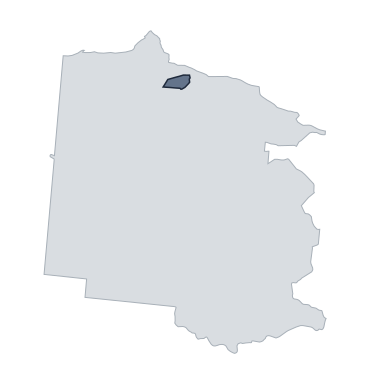 Reifi Shamal Ad Delta, Kassala, Sudan shown in context, rotated 275°
{"feature_id": "16777658B72922457996803", "entity_name": "Reifi Shamal Ad Delta", "entity_type": "district", "adm_level": 2, "iso_a3": "SDN", "parent_name": "Sudan", "parent_adm1": "Kassala", "projection": "robinson", "projection_center": [35.98, 16.599], "detail": "fine", "context": "in_parent", "style": "filled", "palette": "slate", "viewbox_px": 384, "rotation_deg": 275, "n_neighbors": 0, "source": "geoboundaries", "source_scale": "gbopen_adm2", "svg_char_len": 4183}
<svg xmlns="http://www.w3.org/2000/svg" viewBox="0 0 384 384"><g transform="rotate(275 192 192)"><path d="M264.3,319.6L260.8,319.6L260.5,318.6L260.5,316.0L260.9,314.1L262.2,311.0L261.9,309.3L262.1,306.9L261.2,304.2L252.8,296.3L251.1,294.1L246.6,292.1L247.4,289.9L245.6,273.8L246.5,271.9L246.8,269.1L246.8,266.6L247.9,262.5L248.0,260.7L239.0,260.6L238.9,262.4L239.3,264.4L239.3,265.1L226.8,265.2L231.8,271.5L232.0,274.3L231.7,277.8L231.8,280.0L232.1,281.4L233.4,284.3L233.3,284.8L233.0,285.5L224.1,293.9L222.6,297.8L221.5,299.9L218.9,303.3L210.8,312.4L209.4,313.0L203.3,313.3L202.7,313.5L202.2,313.9L201.9,313.8L196.7,308.5L187.9,302.1L182.0,305.5L180.4,306.7L180.3,309.7L179.4,311.3L177.9,313.0L173.5,314.1L171.3,315.0L168.6,316.7L165.9,319.6L165.7,321.1L166.0,322.5L151.1,322.4L150.1,321.3L147.9,316.6L146.4,316.9L132.8,316.3L130.8,316.8L126.9,318.8L125.0,319.1L122.9,318.2L115.8,308.8L114.3,307.7L112.7,305.4L111.2,304.4L110.6,303.7L110.5,302.7L110.6,300.7L110.1,299.4L108.9,299.1L99.3,301.3L97.9,301.0L95.9,301.4L95.2,301.8L94.4,303.0L94.2,305.6L93.9,306.9L93.2,308.3L90.4,311.5L89.8,312.9L89.9,316.4L89.7,318.2L89.3,319.0L88.1,320.3L87.6,321.1L87.1,325.6L85.6,328.3L85.3,329.3L85.2,331.2L84.9,331.8L80.6,333.4L78.9,334.4L77.9,335.9L77.7,336.6L75.8,336.0L73.4,335.6L68.9,335.1L67.1,334.4L66.2,333.4L66.5,330.6L66.1,330.1L65.3,329.6L64.8,328.4L65.0,327.0L67.4,323.8L67.9,322.1L68.6,314.3L68.4,311.8L66.5,307.4L62.3,299.8L61.2,298.3L55.8,292.0L55.2,291.1L53.9,288.4L55.4,282.6L55.6,281.0L55.2,279.3L53.8,278.1L52.6,277.9L51.0,276.4L50.0,275.7L49.1,274.3L48.4,272.4L49.0,265.6L48.7,264.6L47.3,264.4L47.0,263.9L47.0,262.6L46.3,258.7L45.5,255.5L46.0,253.7L44.9,251.2L42.7,250.2L38.3,251.0L36.9,250.9L36.0,250.4L35.4,249.5L35.0,248.5L35.4,246.9L36.6,244.0L38.2,241.6L41.4,239.4L42.2,238.2L42.7,236.9L42.8,235.5L42.6,233.9L42.3,232.5L41.4,230.6L40.6,228.4L40.6,226.9L41.0,225.8L41.9,224.5L45.0,222.0L48.2,219.9L48.8,219.2L48.6,218.3L47.1,216.6L46.7,213.2L45.9,210.9L47.6,209.1L48.8,208.5L50.7,207.9L51.4,207.2L51.6,205.8L51.6,204.4L52.3,203.4L53.2,201.3L53.9,200.3L56.4,197.8L57.0,196.2L57.2,194.6L56.6,189.9L58.0,187.9L59.9,186.3L62.4,186.4L66.4,186.0L69.2,185.3L71.1,185.4L75.5,186.2L76.0,185.9L76.3,184.6L77.7,94.6L96.0,94.6L96.2,94.4L97.0,51.8L212.0,51.9L212.9,51.7L214.8,47.7L215.6,47.4L216.7,47.7L217.1,48.6L216.2,51.8L316.5,51.8L316.7,56.7L317.6,60.6L320.4,66.2L322.8,69.1L323.7,70.8L323.8,71.6L323.7,72.3L323.0,71.5L321.7,70.9L321.6,73.5L322.1,78.8L323.2,82.6L322.4,86.0L322.6,91.9L323.9,98.9L323.6,103.4L325.7,113.9L327.8,119.7L328.9,121.1L330.1,121.9L332.6,122.4L336.1,125.3L339.0,128.4L340.0,130.1L341.4,131.9L342.3,131.5L342.9,131.1L343.8,132.5L348.3,135.6L349.0,137.1L347.4,138.5L345.5,141.0L344.6,143.2L344.1,144.0L342.6,145.4L342.4,146.1L341.7,146.5L341.0,146.5L339.5,147.3L338.1,147.1L336.7,147.5L336.2,148.0L335.1,148.5L333.6,148.8L331.3,150.7L329.2,151.6L328.6,152.4L327.5,156.2L326.7,157.2L323.7,157.3L322.2,157.7L320.2,157.2L319.2,157.3L319.0,158.1L318.6,161.4L318.7,162.8L317.0,166.6L317.5,173.6L315.8,178.8L315.6,180.0L314.0,184.2L313.1,185.8L311.0,193.5L310.2,195.9L308.4,198.4L310.2,217.1L308.7,222.9L308.8,226.0L307.8,230.6L306.9,232.7L305.6,235.3L304.4,238.2L303.4,242.0L302.8,249.2L302.5,249.8L297.1,250.7L295.4,251.2L294.3,252.0L292.9,253.9L290.1,258.9L288.7,262.0L286.4,266.3L283.8,269.3L283.3,270.7L282.8,273.4L281.8,277.7L281.0,280.8L281.1,283.3L280.3,287.5L280.4,289.6L279.5,290.8L278.2,291.8L277.4,292.1L273.7,289.3L271.0,291.2L269.4,294.0L268.1,296.8L268.8,302.7L268.7,304.0L268.4,305.4L265.9,311.2L265.1,313.8L264.4,318.5L264.3,319.6Z" fill="#d9dde1" stroke="#a8b0b8" stroke-width="1"/><path d="M293.4,172.0L293.5,172.4L293.7,173.1L295.0,174.9L295.4,175.6L295.5,175.7L296.8,176.8L298.2,177.9L299.8,179.2L299.9,179.3L300.0,179.3L301.2,180.1L301.3,180.1L302.4,179.8L303.5,179.6L303.8,179.5L304.4,179.5L305.2,180.0L305.4,180.1L305.7,180.1L307.5,179.5L308.2,179.3L308.1,178.6L307.9,175.6L307.7,173.1L307.6,172.9L305.9,168.6L305.8,168.2L304.7,165.2L304.2,163.9L302.0,158.1L297.8,156.0L296.4,155.3L294.1,154.1L294.1,154.5L294.1,156.7L294.2,160.7L294.2,166.7L294.3,171.0L293.4,172.0L293.4,172.0Z" fill="#64748b" stroke="#1e293b" stroke-width="1.5"/></g></svg>